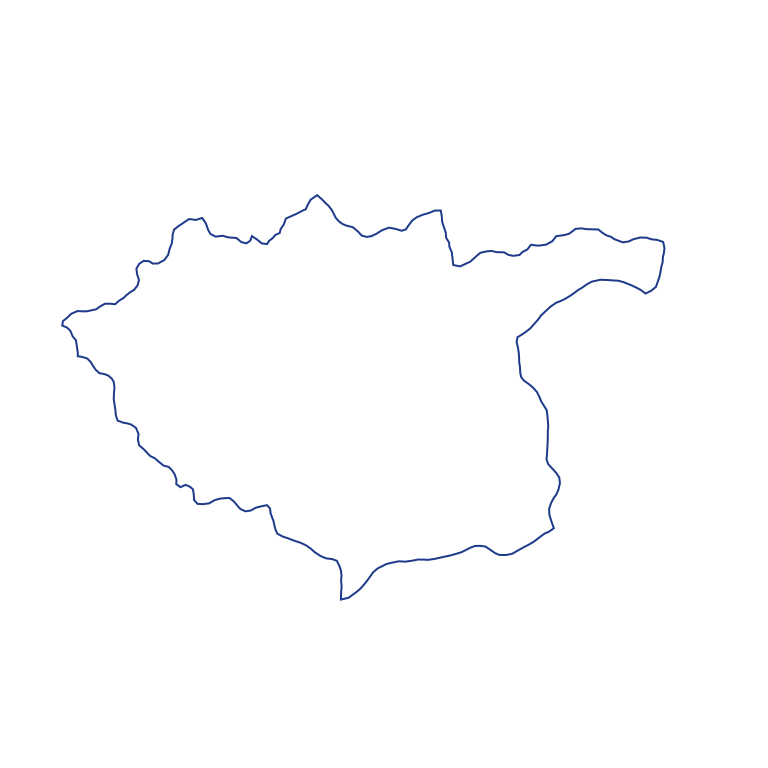 Estrela do Sul, Minas Gerais, Brazil (Robinson projection), rotated 258°
{"feature_id": "56859067B22487341809350", "entity_name": "Estrela do Sul", "entity_type": "district", "adm_level": 2, "iso_a3": "BRA", "parent_name": "Brazil", "parent_adm1": "Minas Gerais", "projection": "robinson", "projection_center": [-47.718, -18.736], "detail": "fine", "context": "isolated", "style": "outline", "palette": "blue", "viewbox_px": 768, "rotation_deg": 258, "n_neighbors": 0, "source": "geoboundaries", "source_scale": "gbopen_adm2", "svg_char_len": 4388}
<svg xmlns="http://www.w3.org/2000/svg" viewBox="0 0 768 768"><g transform="rotate(258 384 384)"><path d="M207.6,520.1L212.6,519.5L216.4,519.0L221.8,518.6L227.6,519.6L232.9,522.7L237.1,526.3L240.3,529.8L244.3,532.6L250.5,535.5L256.1,536.0L261.3,533.9L266.4,531.0L271.3,528.0L276.6,527.3L281.6,528.9L286.4,530.2L292.1,531.7L298.1,533.2L303.6,534.4L308.2,535.8L313.0,536.5L316.8,537.0L320.9,537.4L324.6,537.7L329.3,536.0L334.2,534.2L338.4,533.5L344.4,531.9L350.1,528.6L354.1,525.4L358.0,521.7L362.3,519.6L366.8,519.6L371.8,520.5L377.4,520.8L381.0,521.5L386.4,522.3L392.4,522.6L397.4,522.4L402.0,524.3L403.6,528.9L405.2,532.9L407.9,538.5L411.2,543.0L414.6,547.6L418.6,552.2L422.2,558.2L425.2,563.2L427.7,569.4L428.5,574.3L429.6,578.7L431.4,584.0L433.5,589.0L435.4,593.0L437.2,598.3L439.3,603.1L440.9,608.2L441.0,617.2L439.1,624.8L437.4,630.6L436.3,634.7L433.5,640.0L429.5,646.0L425.8,650.9L422.5,654.8L418.1,658.6L419.6,664.6L422.5,670.2L426.6,672.7L431.7,675.8L435.8,677.6L440.6,679.5L445.6,682.0L449.9,683.1L453.7,684.9L458.5,686.6L464.9,686.6L468.1,681.3L469.9,675.8L472.6,671.1L474.0,665.1L473.8,658.4L472.5,652.5L473.0,646.9L475.5,643.0L477.7,639.5L480.8,636.6L483.2,632.4L486.7,628.9L490.6,625.7L491.8,620.6L493.4,614.2L495.2,609.3L495.9,603.6L494.1,599.9L492.4,595.9L492.2,590.3L492.8,583.3L488.7,578.4L486.6,571.5L487.2,563.7L489.6,556.6L485.8,552.2L484.4,547.0L482.0,543.4L482.5,537.0L484.4,532.6L487.8,528.9L489.6,521.5L491.8,516.9L492.4,511.8L492.3,505.4L488.5,498.6L485.8,494.0L484.6,489.0L483.2,482.8L486.0,476.5L492.3,477.1L498.8,477.7L504.8,476.5L508.8,477.1L514.0,475.2L519.3,475.9L525.2,475.2L530.3,474.6L536.5,475.4L541.9,475.6L543.1,469.9L541.9,463.2L541.5,457.1L540.3,450.7L538.1,445.7L533.7,440.6L530.7,437.6L530.2,433.2L533.4,427.4L535.9,421.3L534.9,414.3L532.5,407.8L531.2,402.1L531.5,397.5L533.8,393.1L538.5,390.3L543.9,386.0L546.7,380.2L549.3,376.5L552.5,373.7L556.5,371.4L560.3,370.4L565.1,369.1L569.8,366.8L573.0,364.5L577.8,361.5L582.6,357.9L579.6,350.7L575.0,346.5L571.2,343.8L570.2,339.2L568.7,334.1L567.6,328.8L566.2,322.4L560.8,319.1L557.1,315.2L553.3,313.3L552.4,308.7L549.9,305.5L548.0,301.5L545.2,298.7L546.9,293.7L551.7,289.9L556.1,285.6L551.9,282.9L550.2,278.7L552.4,274.0L557.5,270.0L559.9,261.9L562.6,256.9L563.1,250.0L566.8,245.5L571.0,244.1L578.0,243.2L584.2,240.7L583.6,234.1L585.9,227.6L584.2,223.4L582.6,219.5L581.0,215.4L578.6,210.7L574.2,208.4L569.8,207.2L565.6,205.6L560.4,202.2L555.3,199.8L551.0,195.0L548.9,188.1L549.9,182.8L552.9,179.8L554.4,174.5L552.5,169.7L548.4,165.8L542.8,165.3L536.7,166.0L531.8,163.5L528.1,159.3L526.5,154.7L524.6,150.8L522.3,147.1L520.5,142.0L517.9,137.6L519.5,132.7L520.5,127.7L518.9,122.4L516.9,118.0L516.9,113.2L516.9,108.6L517.7,104.3L519.1,99.4L517.7,92.7L514.5,87.5L512.3,83.1L508.1,81.4L505.0,85.8L501.1,88.3L495.2,89.4L490.8,91.8L486.4,91.5L478.9,91.1L474.8,90.3L473.2,94.5L470.6,99.1L466.4,101.7L462.7,103.0L457.9,104.9L453.7,107.9L452.1,112.1L449.7,115.9L446.1,118.7L442.3,120.1L436.5,119.6L430.7,117.8L424.7,116.4L420.3,116.2L414.2,115.8L409.2,115.2L403.6,115.8L400.4,120.8L398.8,124.9L396.8,128.4L392.6,132.3L386.1,133.5L381.1,131.8L375.0,131.7L370.3,135.3L366.1,137.9L362.3,140.2L359.1,144.3L354.5,147.8L350.0,151.4L347.7,156.1L343.4,158.9L338.8,160.5L333.6,161.1L329.2,160.0L325.4,163.5L326.6,168.9L324.0,172.7L320.8,175.2L315.8,175.0L310.0,174.1L305.5,176.7L304.1,182.1L303.6,188.1L305.6,194.2L306.0,199.9L305.4,204.5L304.7,209.1L300.5,212.6L296.3,214.9L291.7,217.4L288.3,221.9L287.9,227.2L289.7,233.1L289.9,239.7L289.8,244.4L286.1,246.6L280.5,246.2L273.3,247.4L267.9,247.4L264.1,247.6L259.9,248.5L255.9,253.1L252.8,258.4L250.6,261.7L248.4,265.3L245.9,269.6L242.3,274.3L238.2,278.1L233.6,281.5L229.0,286.1L225.6,290.9L223.4,297.1L220.9,301.1L215.8,302.4L211.2,303.1L205.8,302.7L200.3,301.1L194.9,300.5L191.0,299.3L187.4,298.3L182.1,297.1L182.3,305.0L184.6,310.1L186.7,314.7L188.7,318.4L191.7,322.4L194.6,326.0L198.9,330.8L202.0,334.1L204.9,339.4L206.2,344.4L207.4,348.8L207.6,354.5L207.5,361.7L205.8,367.9L205.3,374.9L205.2,380.9L204.0,386.2L202.8,390.8L202.4,397.0L202.5,401.8L202.5,407.2L202.5,413.2L202.9,419.4L203.4,425.0L204.8,430.3L206.0,434.8L206.6,439.4L205.7,444.5L203.8,449.6L199.8,453.4L195.6,457.4L192.8,461.3L191.3,468.0L191.3,474.2L192.7,478.4L195.0,485.8L196.9,492.7L198.7,498.0L201.9,504.6L204.4,510.2L205.2,514.5L207.6,520.1Z" fill="none" stroke="#1e3a8a" stroke-width="2"/></g></svg>